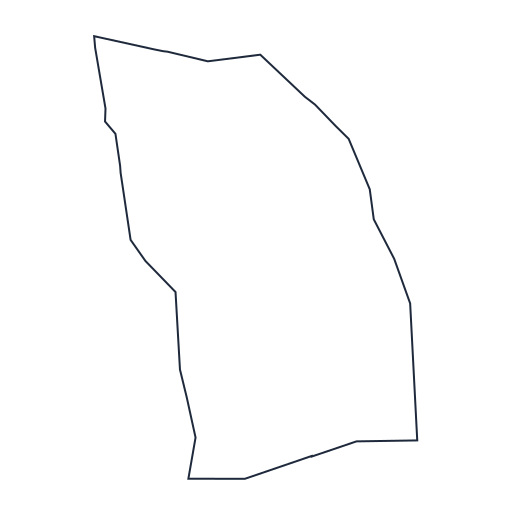 outline of Delgercogt, Dundgovi, Mongolia, rotated 179°
{"feature_id": "93677404B64983706769392", "entity_name": "Delgercogt", "entity_type": "district", "adm_level": 2, "iso_a3": "MNG", "parent_name": "Mongolia", "parent_adm1": "Dundgovi", "projection": "mercator", "projection_center": [106.308, 46.266], "detail": "fine", "context": "isolated", "style": "outline", "palette": "slate", "viewbox_px": 512, "rotation_deg": 179, "n_neighbors": 0, "source": "geoboundaries", "source_scale": "gbopen_adm2", "svg_char_len": 578}
<svg xmlns="http://www.w3.org/2000/svg" viewBox="0 0 512 512"><g transform="rotate(179 256 256)"><path d="M161.3,371.5L174.2,384.7L194.4,406.4L204.3,414.3L238.5,447.7L248.2,457.2L300.8,451.5L340.8,461.8L345.3,462.4L354.4,464.4L414.0,478.6L413.2,467.0L403.9,406.1L404.6,393.1L394.4,380.6L390.3,348.6L389.9,341.4L387.3,321.7L381.1,274.3L366.6,252.9L337.1,221.4L334.0,143.8L327.7,115.8L319.6,75.5L327.5,34.5L271.1,33.4L203.8,55.1L203.8,54.5L158.8,68.9L98.0,68.8L102.7,205.9L117.9,250.8L137.6,290.6L141.1,320.7L161.3,371.5Z" fill="none" stroke="#1e293b" stroke-width="2"/></g></svg>